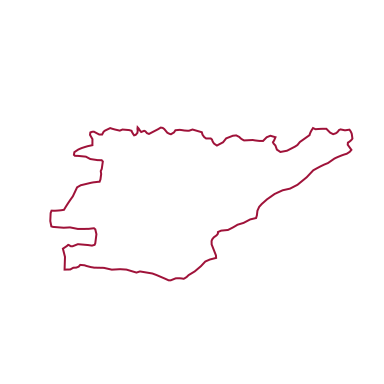 outline of Luncavita, Caras-Severin, Romania, rotated 117°
{"feature_id": "2599482B30693199299192", "entity_name": "Luncavita", "entity_type": "district", "adm_level": 2, "iso_a3": "ROU", "parent_name": "Romania", "parent_adm1": "Caras-Severin", "projection": "equal_earth", "projection_center": [22.223, 45.101], "detail": "fine", "context": "isolated", "style": "outline", "palette": "rose", "viewbox_px": 384, "rotation_deg": 117, "n_neighbors": 0, "source": "geoboundaries", "source_scale": "gbopen_adm2", "svg_char_len": 3471}
<svg xmlns="http://www.w3.org/2000/svg" viewBox="0 0 384 384"><g transform="rotate(117 192 192)"><path d="M289.0,204.9L286.4,202.3L282.6,190.3L282.1,185.9L281.8,181.5L281.5,177.1L281.3,172.7L280.4,170.9L276.3,167.3L275.3,165.5L274.4,163.7L273.7,161.9L273.1,160.0L272.1,159.3L271.1,158.7L270.0,158.1L268.8,157.7L267.6,157.3L261.5,153.5L254.1,150.4L247.9,148.6L244.0,145.4L239.8,140.6L237.6,141.9L229.8,150.7L226.8,152.3L225.0,152.5L222.5,152.0L219.4,150.4L217.4,150.0L215.9,150.7L213.2,148.5L209.5,142.7L207.3,141.1L205.1,139.5L202.8,138.0L200.5,136.6L196.1,132.0L190.0,127.7L186.1,123.1L183.3,123.6L179.0,125.2L174.7,125.4L171.0,124.4L164.4,121.8L156.1,117.4L149.3,112.0L144.5,106.2L137.7,101.3L126.8,96.5L117.6,93.8L114.2,91.5L110.9,89.2L107.6,86.7L104.5,84.0L97.6,80.3L96.0,79.1L94.4,77.8L92.9,76.5L91.4,75.2L89.5,73.4L87.7,71.5L84.6,69.7L82.1,69.1L79.2,74.7L77.2,75.5L76.6,75.1L75.9,74.7L75.3,74.4L74.6,74.1L73.9,73.8L73.1,73.6L72.4,73.4L71.6,73.3L68.3,75.6L67.4,76.3L66.7,77.2L66.0,78.1L65.5,79.0L65.0,80.0L67.6,83.7L68.8,88.1L70.2,89.2L71.2,89.3L72.1,89.5L73.0,89.8L73.9,90.2L74.5,90.6L76.4,92.5L76.4,95.9L74.7,101.0L75.9,103.4L77.2,105.8L78.6,108.2L80.0,110.5L80.1,113.2L81.1,113.3L82.1,113.4L83.1,113.5L84.1,113.5L85.1,113.5L86.1,113.4L87.0,113.3L88.0,113.1L98.5,118.6L102.3,119.4L104.9,120.9L112.1,126.1L116.2,131.4L115.7,135.6L112.7,138.8L111.8,141.3L110.9,142.5L109.5,142.3L108.1,142.3L106.7,142.4L105.3,142.5L106.3,147.7L109.3,150.3L114.3,151.9L114.7,152.8L115.8,154.9L116.6,157.0L117.4,159.2L118.1,161.5L122.4,169.0L122.4,170.5L122.3,172.0L122.0,173.4L121.5,174.8L121.5,178.3L123.3,181.1L128.7,185.9L133.6,186.9L139.3,190.9L138.9,194.2L138.4,195.2L137.8,196.2L137.1,197.1L136.2,198.0L135.8,199.6L137.9,203.8L137.5,206.1L136.2,208.6L134.3,210.4L136.1,219.9L138.8,222.5L139.8,224.6L140.7,226.8L141.4,229.0L142.2,231.2L144.5,234.8L147.1,235.1L150.1,237.0L150.3,237.9L150.4,238.9L150.4,239.9L150.4,240.9L148.5,245.3L148.2,247.2L148.8,249.1L151.4,250.7L159.8,256.7L160.0,258.8L159.1,261.1L159.2,262.4L161.6,264.5L161.2,265.5L160.8,266.4L160.3,267.3L159.7,268.2L159.1,269.8L160.7,269.2L161.4,268.6L162.3,268.1L163.2,267.8L164.1,267.5L166.6,268.1L167.8,269.3L167.2,270.5L166.5,271.6L165.8,272.7L164.9,273.7L165.4,276.2L167.9,282.3L170.1,284.2L170.7,286.6L171.3,289.0L171.8,291.4L172.2,293.9L176.8,297.4L178.4,298.1L181.6,298.2L182.9,300.7L182.8,306.8L183.2,307.5L183.6,308.2L184.2,308.8L184.8,309.4L185.1,309.6L187.4,308.8L190.1,304.7L195.5,302.0L198.5,305.7L200.3,307.6L201.6,308.9L202.9,310.2L204.3,311.4L205.8,312.6L209.9,314.9L212.5,314.1L212.9,312.7L211.7,310.3L208.7,302.6L208.8,297.6L206.5,290.7L204.7,286.9L205.3,285.3L212.4,282.9L214.8,282.8L217.2,281.1L222.3,279.3L224.8,279.0L225.8,280.7L226.9,282.3L228.0,284.0L229.2,285.6L230.1,286.7L236.5,294.2L240.0,296.5L249.9,296.2L253.9,296.8L257.9,297.3L261.9,297.7L266.0,298.0L267.8,300.5L269.5,303.2L271.1,305.9L272.4,308.7L274.9,308.4L282.2,305.1L286.5,301.7L286.2,300.0L282.1,290.1L278.9,284.6L276.7,276.8L271.8,267.4L268.8,262.9L269.2,261.2L273.0,258.0L281.6,254.9L283.3,254.8L285.2,256.8L286.4,260.4L290.3,270.0L294.6,273.8L295.4,275.5L295.3,276.2L295.2,276.9L295.2,277.6L295.3,278.3L296.8,278.9L298.3,279.7L299.7,280.5L301.1,281.3L307.5,275.7L319.0,270.3L316.3,265.3L313.4,263.4L311.9,260.8L310.0,259.1L307.7,258.5L306.1,254.5L305.8,252.3L305.3,250.1L304.8,247.9L304.1,245.8L303.9,245.0L299.6,236.1L297.6,228.2L293.4,221.0L290.9,215.2L289.0,204.9Z" fill="none" stroke="#9f1239" stroke-width="2"/></g></svg>